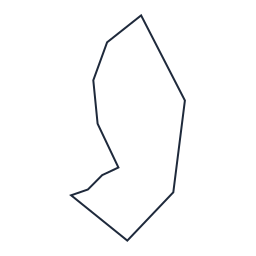 an SVG outline of Annobón
{"feature_id": "GNQ-1467", "entity_name": "Annobón", "entity_type": "Province", "adm_level": 1, "iso_a3": "GNQ", "parent_name": "Equatorial Guinea", "parent_adm1": "", "projection": "robinson", "projection_center": [5.626, -1.446], "detail": "fine", "context": "isolated", "style": "outline", "palette": "slate", "viewbox_px": 256, "rotation_deg": 0, "n_neighbors": 0, "source": "natural_earth", "source_scale": "10m", "svg_char_len": 264}
<svg xmlns="http://www.w3.org/2000/svg" viewBox="0 0 256 256"><path d="M118.4,167.5L97.6,123.7L93.3,80.3L107.1,42.3L141.1,15.4L184.9,100.5L173.3,192.3L127.3,240.6L71.1,195.3L87.9,189.5L102.2,175.1L118.4,167.5Z" fill="none" stroke="#1e293b" stroke-width="2"/></svg>